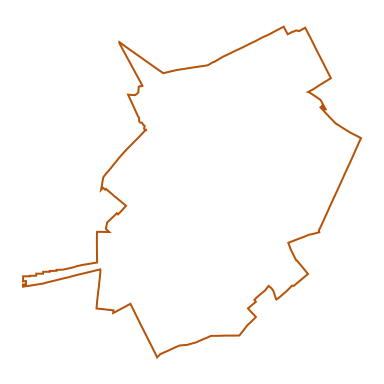 Banloc, Timis, Romania
{"feature_id": "2599482B62970026017365", "entity_name": "Banloc", "entity_type": "district", "adm_level": 2, "iso_a3": "ROU", "parent_name": "Romania", "parent_adm1": "Timis", "projection": "orthographic", "projection_center": [21.113, 45.364], "detail": "fine", "context": "isolated", "style": "outline", "palette": "amber", "viewbox_px": 384, "rotation_deg": 0, "n_neighbors": 0, "source": "geoboundaries", "source_scale": "gbopen_adm2", "svg_char_len": 5037}
<svg xmlns="http://www.w3.org/2000/svg" viewBox="0 0 384 384"><path d="M354.1,153.5L356.3,148.5L357.6,145.7L358.8,142.8L361.0,138.2L359.3,137.4L359.4,137.2L349.5,132.2L349.1,131.9L347.5,130.8L346.7,130.4L344.0,128.7L341.9,127.4L340.5,126.5L337.9,124.7L337.7,124.7L337.3,124.5L337.0,124.3L336.2,123.6L335.8,123.4L335.6,123.4L330.8,118.4L327.0,114.4L326.6,114.1L326.3,113.6L320.5,107.4L320.7,107.2L321.1,107.1L321.3,107.0L321.6,106.8L321.8,106.7L321.9,106.4L322.0,106.2L322.0,105.9L322.2,105.6L322.7,105.7L323.0,106.0L323.2,106.6L323.2,107.0L323.2,107.4L323.2,107.8L323.2,108.0L323.3,108.1L323.4,108.4L323.5,108.7L323.7,108.9L324.0,109.0L324.6,109.2L325.2,109.3L325.7,109.3L324.8,107.7L320.8,100.4L320.4,99.8L312.6,94.5L309.3,92.4L308.1,92.0L313.6,89.1L314.9,88.2L318.2,86.0L318.8,85.6L322.4,83.4L330.9,78.2L326.1,68.8L324.2,65.0L320.1,57.0L316.4,49.8L315.8,48.6L311.5,39.9L310.1,37.1L307.7,32.6L307.3,31.7L305.2,27.7L302.9,29.0L299.1,31.2L296.5,30.4L296.2,30.4L292.5,32.0L292.2,31.8L289.8,33.2L287.7,34.3L283.7,26.7L273.3,32.1L271.0,33.4L268.7,34.6L268.4,34.7L268.0,34.9L266.3,35.7L264.4,36.5L260.8,38.2L260.6,38.3L256.6,40.5L249.0,44.2L242.4,47.5L236.4,50.3L235.8,50.5L231.1,52.9L226.7,55.0L223.4,56.5L222.8,56.8L219.5,58.8L214.1,62.0L213.6,61.9L207.9,65.2L204.5,65.8L203.1,66.0L194.9,67.2L185.3,68.7L176.9,70.0L170.3,71.5L169.9,71.6L163.3,73.2L160.7,71.4L156.6,68.6L150.1,64.0L137.7,55.2L129.3,49.3L125.8,46.8L122.6,44.5L119.3,42.0L119.2,42.4L119.3,42.8L119.8,44.0L121.9,47.8L122.9,49.7L123.4,50.7L124.2,52.1L125.8,55.0L126.7,56.8L128.4,59.8L129.7,62.2L130.5,63.6L131.6,65.8L133.7,69.6L135.5,73.0L137.5,76.6L139.7,80.7L142.5,85.9L142.4,86.0L139.1,86.4L138.7,86.9L138.3,92.4L137.0,93.7L135.2,95.1L134.4,95.1L132.9,95.0L128.1,94.7L129.7,98.2L131.3,101.6L132.6,104.5L133.8,107.0L134.8,109.3L136.3,112.6L137.3,114.8L137.6,115.3L138.0,116.4L138.1,116.5L138.4,116.8L138.7,117.2L138.9,117.6L139.1,118.1L139.1,118.4L139.1,119.3L139.2,120.7L139.2,121.0L139.4,121.6L139.5,121.9L139.7,122.2L140.1,122.6L142.0,122.7L142.9,124.4L143.5,124.9L144.6,125.9L144.5,126.9L144.3,127.4L144.1,128.1L144.1,128.7L144.3,129.1L144.5,129.4L144.7,129.6L144.9,129.5L145.5,129.5L145.9,129.6L146.1,130.2L145.8,130.3L144.9,130.8L144.2,131.5L141.6,134.2L140.4,135.5L139.1,136.9L137.7,138.3L136.1,139.9L134.7,141.3L132.4,143.6L131.0,145.1L128.5,147.5L126.1,150.0L120.9,155.8L119.1,157.8L116.6,161.0L114.5,163.5L112.2,166.4L109.8,169.4L108.7,170.7L107.8,171.7L106.5,173.0L105.4,174.5L103.9,176.4L103.7,176.8L103.3,177.3L102.9,179.3L102.5,181.6L101.9,185.4L101.1,189.8L103.0,187.8L105.2,189.7L106.0,188.9L108.4,191.0L110.1,192.5L112.3,194.3L114.7,196.5L117.1,198.4L125.6,205.4L126.1,205.8L123.4,208.7L123.3,208.8L123.2,208.9L123.0,209.0L122.8,209.2L122.7,209.4L122.6,209.7L121.5,210.8L121.1,211.3L120.8,211.5L120.7,211.6L120.4,212.0L120.2,212.3L119.8,212.6L118.8,213.6L118.1,214.4L116.8,213.2L114.3,215.8L113.6,216.4L110.1,219.7L107.2,222.4L105.9,228.9L109.2,232.0L108.1,232.0L103.6,231.9L99.4,231.9L98.7,231.9L98.0,231.8L97.1,231.8L97.0,232.5L96.9,236.4L96.9,244.0L97.1,262.5L94.6,262.9L88.9,263.9L85.9,264.4L82.9,264.8L76.3,266.3L74.7,267.0L70.6,268.0L63.2,269.6L56.5,269.9L56.5,270.8L49.7,271.0L49.7,271.8L43.2,271.8L43.1,273.7L36.3,273.7L36.2,275.7L29.6,275.8L29.6,276.3L23.1,276.3L23.1,281.4L25.9,281.0L26.0,284.3L23.0,284.6L23.0,286.7L24.0,286.5L27.8,286.0L31.6,285.4L35.3,284.8L39.0,284.2L42.5,283.7L47.9,282.2L52.6,281.1L57.5,279.9L61.8,278.8L66.1,277.8L70.0,276.9L70.4,276.7L73.8,275.8L78.9,274.5L83.1,273.5L87.3,272.5L91.7,271.5L95.9,270.4L100.3,269.4L100.4,271.0L100.4,271.7L99.8,277.9L99.3,282.2L98.9,286.6L98.3,290.9L97.8,295.2L97.3,299.7L96.9,304.0L96.5,308.5L100.3,308.9L103.6,309.2L106.8,309.6L110.1,310.0L113.5,310.3L113.2,313.0L117.1,311.0L121.0,308.9L124.8,306.9L130.4,303.8L132.1,307.2L133.8,310.6L135.4,313.9L137.2,317.4L138.9,320.9L140.5,324.3L142.3,327.7L144.3,331.7L146.3,335.7L148.2,339.5L149.6,342.1L150.3,343.5L152.4,347.7L154.6,352.2L157.0,357.0L157.1,357.3L160.3,354.2L164.4,352.3L167.5,351.0L171.5,349.1L175.6,347.2L179.6,345.5L182.8,345.2L187.2,344.9L188.4,344.5L192.4,343.4L196.7,342.2L198.9,341.1L202.9,339.4L203.0,339.3L207.0,337.7L208.9,336.8L211.0,335.9L216.3,335.9L218.7,335.8L225.4,335.6L230.1,335.6L234.6,335.6L239.3,335.5L239.5,335.4L242.2,331.9L245.1,328.2L247.8,324.7L248.0,324.7L248.5,324.2L251.2,321.7L253.5,319.5L255.9,317.0L253.1,313.9L251.0,311.8L248.0,308.4L251.9,305.1L252.4,304.7L255.9,301.8L254.4,299.9L256.7,297.5L260.5,294.2L265.2,290.3L268.6,285.9L271.4,288.2L273.3,290.7L276.1,299.2L276.4,299.5L279.8,297.0L286.7,291.0L292.1,285.6L293.7,285.9L305.1,276.4L308.0,274.0L302.7,267.5L300.2,264.5L297.0,260.6L296.6,260.6L296.3,260.5L296.0,259.9L292.6,253.2L290.5,249.0L290.4,248.8L290.5,248.7L288.3,242.8L299.7,238.4L304.1,236.8L309.3,234.6L310.3,234.5L311.8,234.2L319.3,232.3L318.9,230.8L318.9,230.4L320.6,226.9L322.1,223.7L324.2,219.1L325.6,216.0L327.9,210.9L330.0,206.2L332.1,201.6L333.9,197.7L335.5,194.3L341.4,181.4L345.2,172.9L348.3,166.3L348.9,165.1L354.1,153.5Z" fill="none" stroke="#b45309" stroke-width="2"/></svg>